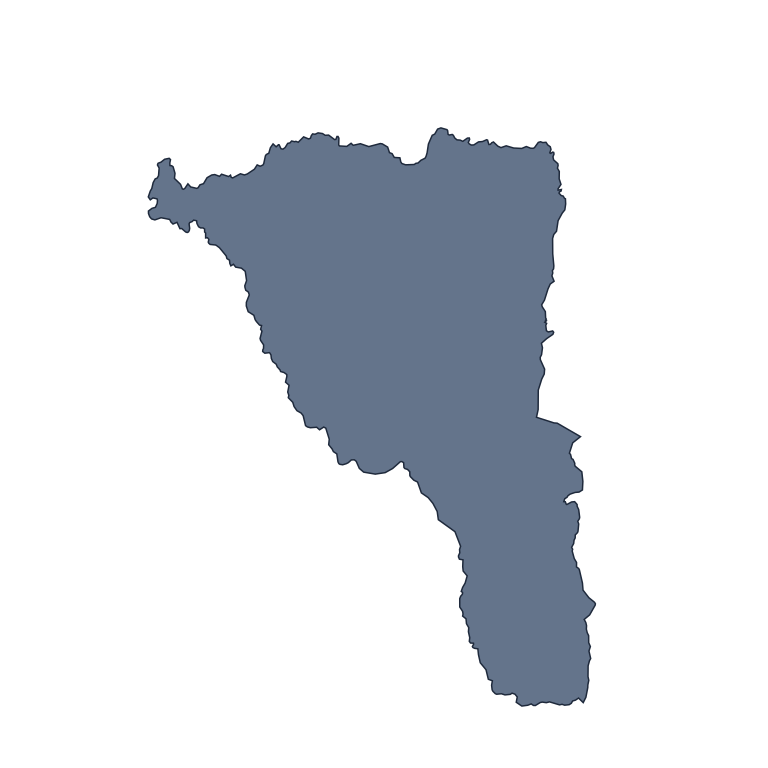 Macara, Loja, Ecuador, rotated 15°
{"feature_id": "8360857B58604759333218", "entity_name": "Macara", "entity_type": "district", "adm_level": 2, "iso_a3": "ECU", "parent_name": "Ecuador", "parent_adm1": "Loja", "projection": "equal_earth", "projection_center": [-79.942, -4.349], "detail": "fine", "context": "isolated", "style": "filled", "palette": "slate", "viewbox_px": 768, "rotation_deg": 15, "n_neighbors": 0, "source": "geoboundaries", "source_scale": "gbopen_adm2", "svg_char_len": 6170}
<svg xmlns="http://www.w3.org/2000/svg" viewBox="0 0 768 768"><g transform="rotate(15 384 384)"><path d="M124.1,228.8L122.4,228.1L120.7,228.4L119.9,225.9L119.7,222.5L118.1,221.6L113.9,223.7L111.2,227.4L108.7,229.2L108.5,230.1L108.5,231.1L110.9,233.6L112.3,241.2L111.6,243.8L109.9,245.1L108.9,249.2L109.1,255.3L108.3,258.1L107.9,264.3L110.6,266.6L112.6,264.1L116.8,263.9L117.6,265.1L118.2,268.2L117.5,272.5L114.4,274.4L111.7,277.9L112.4,280.3L114.4,283.1L116.7,284.7L120.2,284.8L125.6,281.1L134.4,280.5L136.3,282.7L138.8,284.1L142.2,281.4L146.7,286.8L148.4,286.2L153.1,288.5L154.7,288.6L155.8,287.7L156.2,286.0L156.0,283.9L154.3,279.8L154.5,278.4L156.6,276.8L157.7,275.0L160.7,274.8L161.8,277.4L164.2,280.1L166.4,280.7L168.8,280.1L170.6,280.7L171.4,283.6L172.6,284.3L173.9,289.1L175.6,288.4L177.4,289.6L177.5,292.4L178.2,293.3L179.9,294.2L185.5,293.3L189.7,294.9L198.4,301.1L199.8,303.5L202.7,304.4L203.9,307.5L205.5,309.5L207.6,307.3L210.5,309.5L216.3,309.0L220.8,311.1L224.5,319.7L224.1,325.1L224.7,326.7L226.2,329.2L229.2,330.3L230.8,332.8L229.9,340.7L230.8,344.3L234.1,349.3L240.5,351.3L242.9,355.2L244.6,356.7L248.5,359.3L250.6,359.2L250.7,363.1L252.4,364.5L252.5,372.1L253.5,373.8L257.6,377.4L258.4,380.8L258.1,382.5L258.4,384.0L260.9,385.1L265.1,383.4L265.8,383.7L267.3,385.2L268.6,388.5L270.7,391.1L274.8,392.8L276.5,395.1L279.9,397.3L280.9,398.7L284.5,398.8L287.6,400.0L288.2,401.7L288.4,407.7L292.6,409.8L293.1,416.7L295.0,419.6L295.1,422.0L300.6,425.3L303.0,429.1L306.8,432.3L311.4,433.5L314.1,435.5L319.0,444.5L321.1,445.3L324.2,445.3L330.2,443.2L333.6,444.9L336.9,441.2L339.2,441.7L345.4,451.5L346.3,457.0L350.7,460.2L352.6,462.4L356.5,463.7L359.7,471.1L361.0,472.6L362.2,473.0L365.0,472.7L368.1,470.8L369.9,469.2L372.1,465.8L375.0,464.9L377.2,465.9L382.0,471.9L387.2,474.4L398.9,473.3L408.1,469.3L414.2,463.4L419.9,454.8L421.3,454.3L423.3,454.9L424.9,459.5L426.1,460.3L428.8,460.4L431.6,462.1L432.7,465.8L433.5,466.7L437.7,469.2L441.8,470.0L448.3,479.5L456.1,482.3L462.2,486.7L468.4,493.4L471.6,501.0L490.8,508.3L500.0,520.9L499.8,524.3L500.9,527.5L500.4,530.5L500.7,531.8L502.2,533.7L505.8,533.4L507.3,540.0L508.9,544.2L514.0,547.8L513.9,555.3L512.6,560.1L512.3,564.4L513.7,564.9L514.0,565.6L514.1,566.9L513.0,569.1L512.7,571.7L514.9,579.8L518.8,583.3L519.9,585.8L520.0,587.8L524.0,589.6L525.7,594.2L528.9,597.4L529.7,601.5L532.5,606.9L533.0,610.5L534.6,611.8L537.5,611.2L537.9,612.2L537.3,614.7L538.0,615.5L539.8,615.9L543.2,615.5L545.3,621.0L549.1,628.3L556.5,633.6L561.2,642.2L565.5,642.6L565.9,647.1L567.6,651.4L568.7,652.6L571.6,654.3L573.1,654.5L577.6,652.8L581.3,653.0L586.3,651.1L587.7,649.5L590.8,649.7L593.7,651.8L594.1,657.2L600.5,659.4L606.0,657.1L609.0,654.9L611.5,655.8L613.4,655.4L617.4,651.2L619.2,650.3L623.3,649.8L626.1,648.2L636.6,648.5L638.9,647.3L641.6,647.5L645.9,645.8L647.6,643.9L648.2,641.4L650.8,639.8L653.2,637.0L658.9,640.2L660.1,634.4L659.4,624.5L658.8,622.0L658.5,617.2L656.8,613.9L654.1,603.4L654.1,598.1L654.7,595.7L651.1,588.9L651.3,584.2L648.7,580.9L646.8,574.1L644.7,571.7L642.9,568.4L642.2,565.0L640.7,562.2L638.3,559.6L642.4,553.8L645.2,543.1L645.1,541.6L643.9,540.4L637.2,537.4L629.6,531.6L627.2,524.9L620.8,512.9L619.8,511.8L617.3,510.9L616.2,506.6L612.9,503.3L609.0,496.6L609.0,494.8L607.5,493.2L608.5,489.0L608.0,485.7L608.5,483.2L607.8,480.3L609.4,477.4L609.5,476.0L608.3,468.8L606.7,466.5L607.6,463.6L607.5,462.1L604.6,455.0L602.2,452.1L601.7,450.4L598.6,448.3L595.7,449.4L591.8,453.1L591.1,452.9L589.6,450.8L588.1,451.1L588.3,448.0L590.1,446.1L590.6,444.3L592.3,442.2L596.6,439.3L600.4,437.9L603.1,435.0L601.3,426.6L597.8,417.6L589.9,413.9L589.1,412.7L588.8,411.2L586.1,407.9L584.5,407.5L582.4,403.7L581.0,402.9L581.5,392.0L587.4,384.0L561.4,377.0L558.3,377.6L539.9,376.7L539.5,368.8L534.6,350.0L535.1,338.4L536.2,332.9L535.3,328.1L528.7,320.0L528.0,317.8L528.6,314.9L527.7,308.0L525.5,303.9L529.5,297.9L534.3,292.3L534.5,290.1L533.2,289.1L529.2,291.2L527.1,290.5L525.1,285.5L525.4,283.3L523.3,282.7L524.5,280.9L523.5,280.5L524.0,279.4L523.0,278.3L521.1,272.3L516.9,268.5L515.8,266.7L517.3,261.4L517.8,249.8L518.7,244.4L521.7,240.7L518.2,236.1L518.3,233.1L517.3,230.9L518.0,228.9L517.5,226.0L513.3,214.6L509.2,199.8L509.3,195.6L511.1,191.8L509.9,181.2L511.9,172.9L513.6,169.0L512.9,163.1L511.3,158.1L510.2,157.9L508.5,156.1L506.4,156.1L503.7,154.4L503.7,153.1L505.1,151.8L505.0,150.2L502.0,151.7L501.6,150.4L503.3,145.4L500.1,140.5L498.3,133.3L495.7,130.7L495.6,127.8L494.9,126.2L489.8,123.6L488.4,120.8L488.7,117.9L488.0,116.4L487.0,116.3L485.3,118.1L484.3,117.8L484.6,114.2L483.2,111.8L480.3,110.7L477.9,108.6L474.9,109.7L472.5,109.5L470.5,110.7L468.2,116.7L467.2,117.7L464.6,118.3L460.0,117.8L456.1,120.8L448.2,122.5L440.4,122.3L435.8,125.4L432.4,124.8L427.1,121.9L425.7,123.0L424.7,125.0L423.3,125.5L420.9,121.6L419.9,121.5L416.4,124.3L412.6,125.7L408.9,129.8L406.5,130.6L404.2,130.0L402.9,128.9L403.4,125.5L402.7,124.3L400.9,124.9L397.3,129.2L394.4,128.7L391.3,129.3L388.6,128.0L386.6,125.8L385.3,125.3L382.7,126.6L381.3,126.3L379.9,122.8L379.0,122.0L372.7,121.9L369.8,123.9L368.3,129.5L366.2,131.3L364.8,140.7L365.8,149.6L365.7,153.3L365.2,155.3L361.7,158.4L359.7,161.7L357.5,162.7L356.5,164.1L348.1,166.7L344.2,166.4L342.8,165.2L340.8,161.4L335.3,162.5L332.2,159.4L329.4,159.1L326.2,154.2L320.2,152.5L318.2,152.7L307.9,158.6L299.0,158.0L292.5,161.4L289.9,160.0L286.6,164.1L279.3,165.6L278.4,164.8L276.8,158.2L275.5,156.8L274.5,157.1L274.2,160.2L273.0,160.7L266.1,157.9L262.8,159.0L259.8,158.0L255.3,158.5L252.8,160.6L250.3,160.9L249.5,162.9L249.3,165.7L247.7,166.8L242.4,166.1L238.6,172.7L236.1,172.4L235.1,173.1L231.9,173.2L230.7,175.5L228.7,176.5L227.3,181.2L225.6,183.3L223.6,183.4L220.8,180.1L220.1,180.2L218.4,182.8L214.7,180.8L213.1,185.2L213.0,190.9L210.9,192.8L210.4,194.3L210.8,202.3L210.3,203.9L208.0,205.7L204.8,205.2L203.2,210.1L197.6,216.5L195.1,218.2L190.9,218.1L184.5,224.1L182.9,223.9L181.7,222.0L180.2,223.8L172.8,223.4L171.4,226.0L166.3,225.5L163.5,226.7L159.7,230.5L157.8,237.2L154.7,239.2L153.6,242.6L152.5,243.5L146.3,243.7L142.8,241.4L141.0,246.6L139.9,247.8L138.7,247.7L135.8,243.8L128.4,239.7L127.6,234.6L124.1,228.8Z" fill="#64748b" stroke="#1e293b" stroke-width="1.5"/></g></svg>